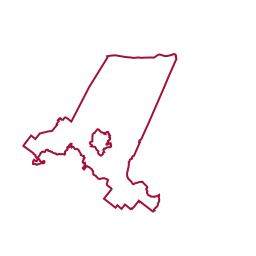 the district of Muaro Jambi, Jambi, Indonesia, rotated 308°
{"feature_id": "22746128B29274337249674", "entity_name": "Muaro Jambi", "entity_type": "district", "adm_level": 2, "iso_a3": "IDN", "parent_name": "Indonesia", "parent_adm1": "Jambi", "projection": "mercator", "projection_center": [103.518, -1.705], "detail": "fine", "context": "isolated", "style": "outline", "palette": "rose", "viewbox_px": 256, "rotation_deg": 308, "n_neighbors": 0, "source": "geoboundaries", "source_scale": "gbopen_adm2", "svg_char_len": 5475}
<svg xmlns="http://www.w3.org/2000/svg" viewBox="0 0 256 256"><g transform="rotate(308 128 128)"><path d="M214.7,118.6L212.7,117.6L210.8,116.1L209.0,114.7L207.7,113.3L206.7,111.2L206.1,109.2L205.5,107.8L204.5,106.9L203.5,106.4L199.9,105.3L198.9,104.5L198.1,103.2L192.7,96.6L191.7,95.6L191.0,94.6L190.4,93.3L189.8,92.7L188.9,91.5L187.6,90.3L186.5,89.0L185.5,87.4L185.2,86.6L182.9,83.2L179.2,76.5L178.4,74.9L177.5,73.3L175.0,70.5L171.7,67.4L171.1,68.3L169.3,68.6L136.3,72.2L98.2,79.4L98.2,73.7L98.0,72.6L97.3,71.7L94.4,71.7L94.1,71.0L93.8,70.8L94.0,68.8L93.3,68.8L93.3,68.1L90.9,68.0L90.9,69.2L87.2,69.3L87.1,70.2L78.9,69.9L76.7,67.8L75.5,66.6L73.5,65.2L70.9,63.0L70.0,62.5L69.3,62.0L69.3,61.9L62.3,61.8L62.4,56.3L51.2,56.4L49.4,56.7L49.6,60.5L49.9,68.6L49.8,69.4L49.4,69.7L49.6,71.9L48.8,72.6L48.7,73.0L48.2,73.5L48.3,75.1L47.3,76.2L45.8,76.6L45.2,75.7L45.1,73.5L43.1,73.8L42.8,74.1L41.1,75.4L41.1,75.5L42.7,76.8L42.8,77.7L42.6,78.1L42.7,78.4L42.9,78.8L44.1,79.5L45.3,80.4L47.0,81.4L47.8,82.8L48.4,83.3L49.1,83.4L50.2,82.9L50.3,82.7L50.3,82.3L50.2,81.9L49.3,81.7L48.5,81.0L48.0,80.3L47.9,79.9L47.8,79.4L48.4,78.1L49.1,75.4L49.4,75.1L51.8,75.2L53.4,74.9L54.3,74.9L54.6,74.5L55.4,74.8L56.0,74.8L56.4,75.1L56.8,75.2L57.2,75.8L57.5,76.8L58.2,77.3L58.5,77.3L58.9,77.0L59.8,76.8L60.1,76.9L60.5,77.1L61.2,77.8L61.4,78.1L61.4,78.6L60.9,79.3L61.6,80.4L61.8,81.1L61.7,81.4L61.7,81.8L62.5,82.5L62.2,84.1L62.8,85.7L63.1,86.0L63.1,86.6L63.4,86.9L63.5,87.2L63.5,87.5L63.3,87.9L63.4,88.4L63.4,88.5L64.4,89.3L65.3,89.7L65.4,90.2L66.0,91.1L66.1,91.5L66.7,91.9L67.5,93.1L67.9,94.3L68.6,94.5L69.0,94.4L69.4,93.7L69.7,93.3L70.6,93.0L71.5,92.9L72.0,93.0L72.5,93.4L72.8,93.5L73.5,93.5L73.5,93.3L74.1,93.3L74.7,92.8L74.9,92.5L74.9,92.3L75.3,92.1L75.5,92.1L75.4,92.4L75.5,92.5L75.6,92.3L75.9,92.3L75.9,92.6L76.1,92.8L76.2,93.1L76.3,93.1L76.4,92.9L76.9,92.9L76.9,93.1L77.1,93.5L77.3,93.3L77.4,93.0L77.3,92.5L78.1,92.3L78.4,92.3L79.0,92.6L79.3,92.5L79.4,92.9L79.7,92.8L80.1,92.9L80.6,92.8L80.7,93.4L79.8,93.6L79.2,94.1L78.2,95.5L79.0,95.6L79.3,95.9L79.4,97.1L79.0,98.1L78.9,99.5L79.5,100.2L80.1,100.8L80.4,101.6L80.3,102.4L79.5,104.2L78.9,106.0L78.6,106.5L78.4,106.9L77.9,107.1L77.6,107.4L77.8,107.7L77.8,108.1L78.2,108.8L78.2,109.6L78.7,110.1L78.8,110.4L78.5,110.6L78.2,111.0L77.7,111.3L77.8,111.7L77.8,112.1L77.0,112.3L76.3,112.0L75.7,112.6L74.7,112.6L73.7,113.0L73.1,113.5L73.2,114.1L72.9,114.6L73.3,114.7L74.1,115.4L72.6,117.0L68.6,117.0L68.3,118.3L68.3,118.9L72.6,118.8L72.8,119.6L72.9,121.0L73.2,121.4L73.3,121.8L73.3,122.3L73.1,123.4L73.2,124.2L73.2,125.1L72.8,125.5L72.6,126.0L72.4,126.5L72.5,126.7L72.2,127.4L70.1,129.2L69.9,130.3L70.4,131.3L70.5,132.1L70.3,132.3L70.2,133.1L69.8,135.9L70.6,137.3L71.2,137.8L73.0,139.1L73.8,140.2L74.9,143.8L74.8,144.2L74.6,144.4L72.7,144.9L71.0,145.7L70.4,146.3L70.2,146.7L70.1,147.4L70.2,149.7L70.1,150.6L70.2,151.8L70.1,152.3L69.7,152.7L57.5,152.6L57.5,167.2L60.6,167.2L60.3,171.2L60.3,172.7L65.8,172.7L65.8,180.1L66.6,180.3L66.6,180.9L67.4,180.9L68.1,181.1L69.1,181.3L76.6,181.3L76.7,182.3L77.4,181.8L77.5,198.7L77.6,199.2L78.6,199.4L79.2,199.7L79.2,199.2L79.3,199.0L79.5,198.8L80.2,198.7L81.4,198.7L83.5,199.2L85.3,199.1L86.1,198.8L86.6,198.4L87.9,197.9L89.6,197.6L90.6,196.7L91.2,196.4L92.1,195.1L92.5,194.7L93.6,194.4L94.1,194.0L94.4,193.7L92.8,193.2L91.6,192.4L90.9,191.5L90.1,191.3L89.6,190.3L88.6,189.1L88.0,188.0L88.3,187.3L88.1,186.7L87.8,186.1L87.6,185.0L88.3,183.8L88.6,182.9L89.2,182.4L89.9,182.3L90.3,182.0L90.5,181.0L90.6,180.8L91.2,179.8L92.4,180.0L93.2,179.7L93.6,178.7L94.1,174.2L94.5,172.4L93.7,171.8L92.6,170.4L88.2,167.3L87.4,167.1L86.9,166.8L86.9,165.8L87.6,164.2L87.9,162.7L88.1,160.1L88.4,158.7L88.9,158.4L89.1,157.6L89.7,156.9L90.9,155.8L92.7,154.6L94.1,154.2L95.0,153.5L97.5,152.5L100.5,150.6L101.6,149.6L101.9,149.9L102.2,149.7L102.6,149.7L104.4,148.9L106.2,150.0L106.7,149.9L107.3,149.2L109.1,149.2L109.6,149.7L110.2,149.7L124.2,146.1L123.8,145.3L125.5,144.7L126.4,145.2L127.2,145.4L144.3,141.2L144.5,141.2L183.9,131.0L193.6,128.3L212.3,123.6L212.6,123.2L212.9,122.5L213.6,122.2L213.8,121.8L214.2,121.6L214.1,121.1L214.9,120.6L214.9,119.8L214.7,118.6ZM101.4,104.1L102.9,104.2L103.8,104.8L104.5,104.7L107.8,104.6L108.5,105.0L108.7,106.4L108.5,107.3L108.3,107.3L108.2,109.8L108.8,110.8L109.1,111.7L109.0,112.1L108.7,112.4L108.8,113.4L109.1,113.8L109.2,113.5L109.5,113.6L109.6,113.4L110.2,113.1L110.6,113.5L111.0,113.5L112.2,114.1L112.5,114.6L112.6,114.9L112.0,115.5L111.8,116.1L111.8,116.5L111.5,116.5L111.4,116.7L111.2,116.8L111.1,117.1L110.9,117.1L111.1,118.3L110.6,118.3L110.4,118.2L110.1,118.6L109.3,118.8L109.3,119.2L109.6,119.7L109.2,120.0L108.8,120.0L108.6,120.6L108.4,120.7L107.6,120.8L107.1,120.5L106.9,120.5L106.6,120.7L105.4,120.6L105.3,120.2L105.2,120.2L104.7,120.7L104.7,121.4L104.5,121.9L102.6,120.7L102.3,120.8L101.7,121.2L101.7,121.3L102.0,121.5L102.4,122.1L103.0,122.0L103.3,122.1L103.3,122.5L103.8,122.9L104.4,123.1L104.6,123.5L105.2,123.7L103.6,125.9L103.7,126.5L103.0,125.6L102.7,126.0L101.9,125.9L100.2,123.7L99.7,123.3L99.1,123.3L97.0,122.5L97.1,121.9L96.9,121.8L96.4,122.1L95.7,122.0L95.0,122.8L94.3,124.2L93.2,123.6L91.9,124.3L89.5,123.7L89.3,121.6L89.8,119.8L91.4,119.0L91.3,118.5L91.5,118.0L91.4,116.9L91.8,116.0L92.1,115.6L92.1,115.2L92.5,114.7L92.8,113.6L91.0,110.5L91.7,110.7L92.0,110.6L92.3,110.3L92.3,110.1L92.1,109.5L92.1,108.7L92.1,108.2L92.4,107.6L93.0,107.0L93.7,107.0L94.6,107.5L95.4,108.2L99.5,105.1L100.0,104.9L100.6,104.3L101.4,104.1Z" fill="none" stroke="#9f1239" stroke-width="2"/></g></svg>